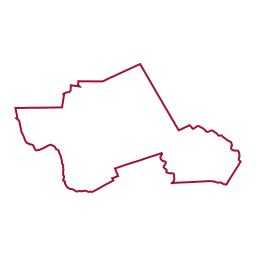 Galateni, Teleorman, Romania
{"feature_id": "2599482B36470175695106", "entity_name": "Galateni", "entity_type": "district", "adm_level": 2, "iso_a3": "ROU", "parent_name": "Romania", "parent_adm1": "Teleorman", "projection": "natural_earth1", "projection_center": [25.383, 44.233], "detail": "fine", "context": "isolated", "style": "outline", "palette": "rose", "viewbox_px": 256, "rotation_deg": 0, "n_neighbors": 0, "source": "geoboundaries", "source_scale": "gbopen_adm2", "svg_char_len": 5566}
<svg xmlns="http://www.w3.org/2000/svg" viewBox="0 0 256 256"><path d="M81.5,191.3L83.0,191.1L84.2,190.8L85.3,190.7L86.2,190.9L87.2,191.4L88.3,191.8L89.1,191.9L89.6,191.7L90.6,191.6L91.1,191.7L91.8,191.9L92.1,191.9L92.4,191.9L97.1,189.4L107.4,183.6L108.1,183.3L113.4,180.5L112.2,178.2L113.4,178.0L118.1,176.0L117.3,174.0L115.0,168.5L123.9,165.4L129.4,163.6L139.4,160.5L143.8,159.0L147.1,157.9L147.3,157.8L147.5,157.8L147.6,157.7L150.0,156.9L151.4,156.5L157.0,154.7L160.7,153.4L160.9,153.3L161.2,153.3L161.5,153.1L161.8,153.4L162.0,153.6L162.1,153.9L162.0,154.1L162.0,154.4L161.8,154.6L161.1,155.5L160.4,156.9L160.4,157.1L160.4,157.7L160.6,158.4L160.8,159.0L161.5,159.9L162.0,160.4L162.5,160.8L162.9,161.0L163.4,161.0L164.8,161.5L165.4,161.8L165.6,161.9L165.7,162.1L165.8,162.4L165.8,162.8L165.5,163.7L165.3,164.1L164.8,164.8L164.5,165.3L164.2,165.7L163.7,166.2L163.6,166.5L163.6,167.2L163.7,167.4L164.2,168.0L166.4,169.6L166.6,169.9L166.7,170.3L166.6,170.7L166.3,171.5L166.3,172.0L166.9,172.5L167.8,172.8L168.4,173.2L169.7,173.3L171.0,173.2L171.4,173.2L171.7,173.3L173.0,173.4L173.4,173.5L173.8,174.0L173.9,174.3L174.1,174.9L174.1,175.8L174.0,176.2L174.1,176.8L174.2,177.8L174.3,178.9L174.2,180.0L174.0,180.5L173.6,181.1L173.0,181.7L172.6,182.3L172.0,183.1L177.0,182.7L190.5,182.1L207.7,181.2L209.9,181.1L212.0,181.4L213.2,181.3L214.5,181.6L216.6,182.4L217.6,182.6L220.6,182.5L222.0,183.1L223.6,184.1L224.4,184.1L224.9,184.3L225.3,184.4L226.1,184.6L226.4,184.5L226.5,184.5L228.4,181.1L232.8,174.1L238.7,164.8L240.6,161.5L240.1,161.1L239.4,160.4L239.1,160.0L238.9,159.6L238.8,159.2L238.6,158.8L238.7,158.5L238.8,158.1L239.4,157.0L239.4,156.8L239.5,156.6L239.4,155.5L239.3,153.7L239.1,152.6L238.8,152.0L238.3,151.2L238.0,150.8L237.7,150.7L237.3,150.6L236.4,150.5L235.3,150.6L233.7,150.5L233.3,150.3L232.4,150.0L231.3,149.1L231.1,148.8L231.1,148.6L231.2,148.2L231.4,147.4L231.3,147.0L231.2,146.7L231.3,146.1L231.6,145.9L231.9,145.6L232.0,145.3L231.9,144.6L231.2,142.6L231.0,142.3L230.6,141.9L229.8,141.5L229.2,141.1L228.5,140.7L227.9,140.5L227.2,140.1L224.7,138.1L223.5,137.4L223.1,137.1L222.7,136.6L222.4,136.2L221.8,135.6L221.5,135.5L220.9,135.4L219.3,135.7L218.7,135.6L218.2,135.4L217.6,134.6L217.0,133.7L216.6,133.3L216.0,132.9L215.5,132.8L214.7,132.3L214.5,132.2L214.2,131.7L213.8,131.4L213.3,131.1L213.0,130.8L212.7,130.6L212.1,130.5L211.8,130.5L211.3,130.5L210.9,130.6L210.3,130.8L209.4,131.4L208.9,131.6L208.1,131.8L207.1,131.8L206.1,131.5L206.0,131.4L205.7,130.8L205.0,130.0L204.7,129.7L203.1,128.5L202.4,128.0L202.1,127.8L201.4,127.6L199.0,126.3L198.6,126.1L197.7,126.1L197.1,126.3L196.5,126.6L196.0,126.9L194.7,128.0L193.9,128.4L193.6,128.6L193.3,128.7L192.8,128.8L192.5,128.6L192.2,128.3L191.6,127.2L191.3,126.9L191.1,126.6L190.7,126.3L190.0,125.8L189.9,125.5L189.8,125.4L189.4,125.2L188.3,125.8L186.4,126.8L178.7,130.3L174.8,123.7L173.1,120.5L173.0,120.4L172.8,120.3L172.7,120.2L170.6,116.5L169.9,115.2L169.1,113.9L167.0,110.3L165.3,107.5L162.6,102.9L162.5,102.5L160.7,99.6L159.4,97.2L158.6,96.0L157.2,93.5L156.6,92.6L156.4,92.1L156.2,91.8L155.3,90.3L154.6,89.1L154.1,88.1L153.6,87.4L152.5,85.4L150.9,82.7L150.6,82.0L149.6,80.4L147.1,76.0L146.0,74.3L145.5,73.2L144.6,71.9L143.4,69.8L142.9,68.9L141.4,66.4L141.2,66.0L141.3,66.0L140.2,64.1L136.4,65.7L125.6,70.7L115.3,75.5L112.5,76.8L110.7,77.5L104.6,80.5L102.6,81.4L95.8,81.4L86.5,81.3L82.5,81.3L82.4,81.4L79.2,81.2L78.3,81.3L78.4,81.6L78.4,82.7L78.2,83.2L78.1,83.6L78.1,83.8L77.9,84.3L78.1,85.0L78.4,85.0L78.7,85.5L79.1,85.9L79.6,86.5L74.9,85.8L73.3,85.6L71.1,85.4L70.8,85.3L70.7,86.2L70.8,87.1L70.7,87.6L70.6,88.0L70.6,88.5L70.6,88.9L70.7,89.7L70.7,90.1L70.6,90.5L70.2,91.1L69.9,91.5L69.7,91.7L69.2,92.0L68.7,92.2L68.1,92.3L67.3,92.3L66.8,92.4L66.5,92.4L66.1,92.5L65.4,93.0L65.2,93.2L64.0,93.4L63.7,93.6L63.5,94.0L63.4,94.2L64.1,94.4L63.1,100.7L62.0,107.4L42.3,107.7L34.1,107.8L32.7,107.7L24.1,107.9L15.4,108.0L16.7,114.1L17.2,116.9L17.4,118.2L16.5,118.1L16.2,118.2L18.5,120.1L18.9,120.4L19.0,120.6L19.3,121.4L19.6,122.8L20.4,126.7L21.2,130.9L21.5,131.9L22.8,134.7L23.6,136.2L23.8,136.8L24.1,137.5L24.4,138.6L25.0,140.0L25.2,140.5L25.7,141.4L26.3,142.3L26.4,142.5L26.6,142.7L27.2,143.0L29.4,144.1L29.6,144.2L29.8,144.1L30.1,144.3L30.9,144.4L32.0,144.7L32.4,144.9L33.0,145.2L33.3,145.6L33.5,146.0L33.7,146.6L34.6,148.4L35.2,149.6L35.4,149.8L35.9,150.2L36.3,150.4L36.9,150.3L38.2,150.1L38.8,150.0L39.9,149.6L42.2,148.7L44.3,147.7L46.8,146.3L48.0,145.6L48.5,145.5L50.0,144.9L50.4,144.8L51.0,144.7L51.4,144.9L54.0,146.2L54.6,146.6L55.0,147.1L55.9,148.8L56.1,149.1L57.0,149.5L58.1,150.2L58.3,150.3L58.6,150.7L59.2,152.5L59.6,153.9L60.2,155.1L60.4,155.5L60.9,156.9L61.0,157.6L61.2,158.1L61.4,158.8L61.5,159.4L61.6,159.8L61.8,160.7L61.9,161.6L62.0,163.3L62.1,163.6L62.3,164.0L62.8,164.5L63.0,164.8L63.2,165.1L63.2,165.3L63.2,166.1L63.1,166.5L63.1,167.1L63.2,167.6L63.3,168.3L63.3,168.8L63.4,169.2L63.4,169.7L63.2,171.0L63.2,172.3L63.2,172.8L63.2,173.4L63.2,173.9L63.0,174.3L63.2,174.9L63.3,175.2L63.4,175.4L63.8,175.7L63.9,175.9L64.1,176.5L64.1,177.0L64.0,177.6L63.7,178.4L63.6,178.9L63.2,179.1L63.1,179.4L63.2,180.1L63.4,180.8L63.6,180.9L63.7,181.0L64.1,181.0L64.5,181.2L64.7,181.3L64.8,181.4L64.9,181.8L64.9,182.4L65.1,183.1L65.0,183.4L65.3,184.1L65.6,184.7L65.8,185.0L66.2,185.3L66.3,185.7L66.5,186.0L66.6,186.3L66.9,186.7L67.4,187.2L67.9,187.7L68.6,188.3L69.9,188.8L71.2,189.0L73.0,189.4L74.5,190.2L74.8,190.5L75.2,190.8L75.9,191.2L76.2,191.4L76.8,191.5L77.1,191.5L77.4,191.4L78.0,191.3L79.6,191.0L80.1,191.0L80.5,191.2L80.8,191.3L81.2,191.2L81.5,191.3Z" fill="none" stroke="#9f1239" stroke-width="2"/></svg>